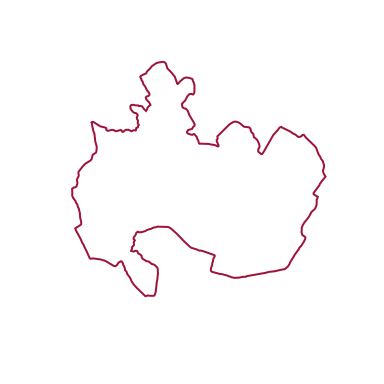 Jutiapa, Jutiapa, Guatemala, rotated 133°
{"feature_id": "79465075B37757283668569", "entity_name": "Jutiapa", "entity_type": "district", "adm_level": 2, "iso_a3": "GTM", "parent_name": "Guatemala", "parent_adm1": "Jutiapa", "projection": "albers", "projection_center": [-89.932, 14.311], "detail": "fine", "context": "isolated", "style": "outline", "palette": "rose", "viewbox_px": 384, "rotation_deg": 133, "n_neighbors": 0, "source": "geoboundaries", "source_scale": "gbopen_adm2", "svg_char_len": 4905}
<svg xmlns="http://www.w3.org/2000/svg" viewBox="0 0 384 384"><g transform="rotate(133 192 192)"><path d="M300.0,155.1L297.7,153.6L296.3,151.7L294.1,149.3L293.2,148.9L289.8,150.4L281.9,156.3L278.9,158.2L275.8,160.7L275.2,160.9L271.8,164.5L271.0,165.7L270.8,169.1L271.2,170.8L272.1,172.2L272.3,176.1L273.7,178.2L274.5,182.7L274.2,184.0L273.0,185.5L273.0,187.4L273.6,189.2L272.6,192.0L273.5,193.2L275.4,194.1L276.6,196.4L275.0,196.9L273.2,198.2L270.3,198.3L268.3,200.5L266.3,200.8L266.2,202.7L265.0,203.6L261.8,204.0L260.1,204.8L258.2,204.7L257.6,203.2L255.6,201.4L252.6,199.6L250.9,199.1L248.0,197.7L247.4,197.1L244.0,195.7L242.1,194.2L240.9,193.7L237.3,189.5L234.2,186.1L233.5,184.6L233.0,182.1L232.9,173.9L233.5,163.4L233.5,156.0L233.2,154.3L230.8,149.4L230.0,146.9L228.5,145.1L227.2,142.5L222.9,132.6L223.0,132.0L223.8,131.4L226.4,130.8L228.9,129.1L229.5,129.1L232.2,127.1L233.7,126.7L235.9,125.4L236.7,124.4L236.8,123.1L233.1,116.0L231.3,113.6L230.6,111.9L229.2,109.6L228.7,107.8L227.8,106.4L227.5,105.1L225.5,102.0L223.4,100.1L223.2,99.7L219.6,97.1L217.1,94.7L216.1,94.5L201.4,83.4L197.9,81.2L193.5,77.4L188.5,74.1L185.5,71.8L183.9,71.3L182.4,71.2L180.6,71.1L177.9,71.6L176.8,72.2L169.2,73.7L168.4,74.0L160.5,75.0L159.8,75.4L155.9,75.5L153.9,76.0L152.3,76.2L149.8,77.0L148.9,77.3L147.8,78.2L147.8,79.5L148.2,81.8L146.7,84.5L144.7,86.0L143.9,87.0L141.7,88.0L141.2,88.3L137.2,89.1L134.4,89.2L130.0,89.7L125.0,91.0L120.7,90.6L119.3,90.9L116.5,92.1L114.5,93.8L112.8,95.4L109.7,96.7L110.7,101.4L109.8,102.4L100.0,103.5L98.9,104.0L95.1,104.5L89.7,104.8L88.8,108.1L88.2,109.1L87.1,110.8L85.1,111.7L82.7,113.2L80.2,117.4L79.7,120.4L78.9,121.9L78.0,125.5L75.0,131.4L74.7,134.4L74.5,146.0L73.9,149.2L75.0,150.1L76.4,150.0L77.8,150.5L79.3,152.0L79.5,155.0L79.8,156.9L80.3,157.6L80.6,160.8L82.7,167.9L83.1,168.9L83.3,169.6L83.4,170.2L83.4,171.0L85.3,171.9L88.7,171.5L94.9,171.4L114.9,166.7L116.4,166.7L117.1,167.2L117.3,171.0L116.0,172.4L112.7,173.5L111.0,175.9L109.5,179.8L109.4,182.2L109.7,184.1L107.7,186.8L107.7,189.4L106.7,191.4L105.9,192.3L105.7,194.2L108.8,198.5L109.1,204.6L110.5,207.7L111.3,208.7L113.1,209.7L117.0,210.7L134.0,211.4L135.4,209.7L137.3,209.3L138.4,208.0L138.4,207.4L140.0,204.2L140.4,203.9L140.8,204.0L142.3,207.6L144.6,211.0L145.4,212.6L148.5,216.0L150.1,217.9L151.0,218.9L151.5,219.3L151.6,220.1L149.9,222.9L149.8,223.7L148.5,226.1L148.1,229.7L148.6,230.4L149.9,230.7L151.0,232.3L152.1,235.0L152.1,235.6L151.6,236.6L149.3,237.1L146.7,235.5L145.8,235.0L143.8,235.5L141.8,235.3L140.5,236.4L140.4,237.1L140.1,237.6L137.5,246.6L136.1,249.3L135.4,250.9L135.3,253.3L136.2,255.0L136.5,256.7L136.1,257.2L134.5,259.5L133.7,259.5L129.4,259.4L125.6,260.6L122.6,260.7L121.8,260.4L120.6,259.2L120.1,257.8L119.3,257.6L117.5,258.2L112.8,262.5L112.3,262.9L110.9,265.2L109.9,267.6L109.3,268.2L109.2,269.1L110.4,271.8L112.5,274.7L114.6,275.6L118.7,276.1L122.3,276.1L122.8,276.2L122.9,276.8L122.7,277.2L122.3,277.7L119.4,283.2L118.7,287.9L118.4,294.3L115.9,298.6L115.9,299.4L115.8,300.5L116.5,302.0L120.4,305.0L122.1,306.0L127.2,307.1L130.2,306.9L134.4,307.1L136.7,306.4L139.3,307.7L142.2,308.6L143.0,308.4L143.8,306.9L143.8,306.3L144.8,304.8L144.9,303.5L145.5,302.4L146.4,300.9L146.7,298.4L148.4,294.1L148.6,291.7L149.3,289.9L150.1,289.3L151.6,289.4L153.0,290.3L154.3,290.3L154.8,289.9L155.5,288.4L155.7,284.3L156.7,281.7L158.9,282.1L160.8,282.0L161.9,281.3L164.1,280.9L164.1,283.3L163.4,286.9L164.3,288.5L165.4,289.4L165.4,290.5L167.3,292.5L167.8,293.9L169.5,295.5L170.3,295.8L171.6,295.4L173.1,293.6L173.7,290.0L173.6,288.5L172.5,286.7L172.6,284.3L173.3,283.8L174.5,283.5L175.6,282.8L176.1,282.1L176.6,280.2L178.7,278.7L179.2,276.6L180.5,276.5L181.6,275.7L183.2,276.4L185.0,275.2L185.5,275.2L185.7,275.7L186.6,276.8L188.9,277.7L189.8,280.9L191.6,282.8L195.2,283.5L195.5,284.0L195.5,284.4L195.4,284.9L195.0,285.6L195.2,286.4L198.8,288.6L199.7,289.5L200.2,291.8L201.7,293.4L202.9,294.0L204.8,295.4L205.0,297.1L203.9,298.1L203.8,298.9L206.6,304.0L208.0,311.8L208.8,312.8L209.7,312.9L210.1,311.9L211.8,309.9L214.9,305.4L215.7,303.4L221.0,297.2L223.8,292.6L227.5,289.6L228.8,289.1L232.5,290.0L236.1,288.0L238.2,287.7L244.0,289.3L247.6,289.4L254.4,288.8L255.7,288.0L256.6,286.6L257.8,285.7L261.0,284.8L261.9,284.2L263.0,282.5L264.1,281.5L265.4,281.0L266.5,280.3L268.0,280.5L269.3,281.5L271.4,281.9L275.0,278.2L276.2,277.4L277.3,275.1L278.1,271.0L278.5,270.5L279.5,267.1L280.6,265.5L281.4,263.4L284.5,258.8L285.3,258.3L287.6,255.5L288.9,253.3L290.9,251.2L291.9,251.0L298.2,252.6L298.6,251.6L299.1,251.1L302.0,242.2L304.0,237.6L304.8,234.5L305.3,233.8L307.5,227.9L310.1,222.0L310.1,220.8L307.8,218.8L305.3,215.1L303.6,212.8L301.4,208.1L299.5,199.0L298.5,197.4L296.3,197.0L294.1,197.6L291.3,196.9L290.7,195.9L291.3,193.8L292.3,192.4L292.4,191.6L293.8,188.8L294.7,187.8L295.1,185.1L296.1,183.7L297.0,178.6L298.5,175.3L299.3,172.2L299.8,166.8L300.0,155.1Z" fill="none" stroke="#9f1239" stroke-width="2"/></g></svg>